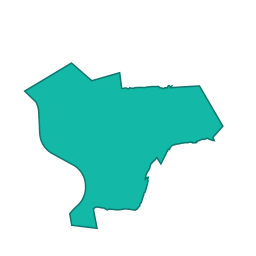 Tholen, Zeeland, Netherlands (Albers equal-area conic projection), rotated 158°
{"feature_id": "6326949B94220918271569", "entity_name": "Tholen", "entity_type": "district", "adm_level": 2, "iso_a3": "NLD", "parent_name": "Netherlands", "parent_adm1": "Zeeland", "projection": "albers", "projection_center": [4.074, 51.57], "detail": "fine", "context": "isolated", "style": "filled", "palette": "teal", "viewbox_px": 256, "rotation_deg": 158, "n_neighbors": 0, "source": "geoboundaries", "source_scale": "gbopen_adm2", "svg_char_len": 4891}
<svg xmlns="http://www.w3.org/2000/svg" viewBox="0 0 256 256"><g transform="rotate(158 128 128)"><path d="M88.5,156.6L89.6,157.2L90.3,157.5L90.6,157.6L90.9,157.6L92.1,157.9L92.3,157.9L92.5,158.0L93.0,158.2L93.4,158.3L93.8,158.4L94.1,158.4L94.3,158.5L95.3,158.9L95.4,159.0L96.2,159.0L96.5,159.0L97.1,159.2L97.7,159.4L98.6,159.8L101.2,160.9L102.1,161.3L102.6,161.5L103.4,161.7L104.7,162.2L106.6,162.8L106.8,162.9L107.8,162.6L108.0,162.7L109.1,163.3L110.0,163.6L110.4,163.9L110.9,164.5L111.1,164.7L111.4,164.6L111.6,164.5L111.8,164.4L112.2,164.2L112.4,164.1L112.6,164.1L112.9,164.2L113.1,164.2L113.4,164.3L113.5,164.4L113.6,164.5L114.0,165.0L114.2,165.3L114.5,165.7L114.7,165.8L115.0,165.9L115.7,166.1L116.0,166.2L117.9,166.6L118.1,166.7L118.3,166.8L118.9,167.2L119.0,167.3L115.0,182.4L143.9,185.4L156.1,209.4L201.7,202.2L210.0,200.9L203.6,186.6L203.5,184.5L203.5,182.9L203.6,181.3L203.9,179.7L204.2,178.1L204.7,176.6L205.2,175.0L206.8,170.5L206.8,170.3L211.6,156.8L212.1,155.2L212.5,153.7L212.8,152.1L213.1,150.5L213.2,148.9L213.2,147.3L213.1,145.7L212.9,144.1L212.6,142.5L212.2,140.9L211.6,139.4L211.0,137.9L210.3,136.5L209.5,135.1L208.6,133.7L207.6,132.5L193.3,115.0L192.3,113.8L191.3,112.5L190.5,111.1L189.7,109.7L189.1,108.2L188.5,106.7L188.1,105.1L187.7,103.5L187.5,102.0L187.4,100.3L187.3,98.7L187.4,97.1L187.6,95.5L187.9,93.9L188.3,92.4L188.8,90.8L189.4,89.3L190.0,87.8L190.7,86.4L191.5,85.0L192.4,83.6L193.4,82.4L194.5,81.2L195.6,80.0L196.8,79.0L198.1,78.0L199.5,77.1L200.9,76.3L202.3,75.6L203.8,75.0L205.3,74.5L208.3,73.3L211.2,71.9L212.6,71.1L214.1,70.4L216.6,58.9L194.3,46.6L190.5,65.8L190.2,65.8L188.2,66.7L186.5,66.4L185.0,65.6L183.1,64.4L181.8,63.5L180.2,62.8L180.0,62.6L179.9,62.5L179.5,61.7L179.3,61.5L179.1,61.2L178.1,60.1L177.6,59.8L176.9,59.9L176.1,60.0L175.0,59.5L174.3,59.2L172.2,58.0L171.6,57.7L170.1,56.9L169.0,56.3L165.8,55.2L161.0,54.1L159.7,53.5L159.2,53.2L157.1,52.2L156.5,51.8L155.4,51.0L154.3,50.5L153.7,50.1L153.2,49.8L152.6,49.4L152.3,49.2L152.1,49.2L150.3,49.3L150.2,49.4L148.4,50.3L146.2,51.5L145.4,53.0L145.1,53.3L143.8,54.1L143.6,54.3L143.4,54.1L142.5,55.4L142.0,55.9L141.5,56.7L140.4,57.9L139.9,58.5L138.8,59.6L138.4,60.4L137.5,61.7L136.4,62.0L135.8,62.6L135.4,63.3L134.7,64.0L134.2,64.5L133.7,65.2L133.4,65.5L133.0,66.1L132.7,66.6L132.4,67.1L132.3,67.3L132.2,67.4L132.1,67.5L131.1,68.5L130.7,69.1L130.2,70.0L130.1,70.3L129.9,70.6L129.3,71.1L129.2,71.3L129.2,71.6L129.2,71.9L129.0,72.8L128.9,73.0L128.8,73.3L128.7,73.5L128.0,74.2L127.9,74.3L127.8,74.5L127.7,74.7L127.7,74.8L127.8,74.8L128.9,75.0L129.1,74.9L129.5,74.8L129.7,74.7L129.8,74.6L130.4,74.2L130.6,74.1L131.0,73.9L131.4,73.7L131.4,73.8L130.8,74.9L130.6,75.1L130.1,75.7L129.7,76.5L129.1,77.3L128.8,77.6L128.4,78.1L127.9,78.6L127.5,79.2L127.3,79.3L126.9,79.6L126.2,80.2L125.5,80.5L124.8,81.1L124.2,81.6L123.7,82.0L123.1,82.6L122.8,82.9L122.5,83.1L122.4,83.3L122.3,83.6L122.2,83.9L121.7,84.3L121.5,84.5L121.4,84.7L121.1,85.1L121.2,85.3L121.0,85.5L120.8,85.7L120.6,85.8L120.3,86.0L120.0,86.1L119.1,86.5L118.4,86.9L118.0,87.2L117.8,87.3L117.6,87.3L117.1,87.5L116.8,87.6L116.6,87.6L116.3,87.8L115.9,88.0L115.6,88.1L114.9,88.3L114.6,88.5L114.4,88.6L114.1,88.8L113.7,89.0L112.7,89.6L112.4,89.8L110.9,82.4L108.2,84.8L107.1,85.8L106.1,86.6L105.7,87.1L103.8,88.6L102.7,89.6L101.4,90.8L100.7,91.5L99.9,91.9L99.7,92.0L99.4,92.6L99.1,92.8L98.8,93.0L98.7,93.0L97.8,93.1L97.7,93.0L97.6,92.9L97.6,92.7L97.4,92.8L97.1,93.2L96.4,93.8L94.3,95.1L93.5,95.1L92.6,95.4L92.4,95.3L92.1,95.3L91.4,95.0L90.7,94.9L89.7,95.1L88.7,94.7L87.9,94.6L86.7,94.2L86.1,94.1L84.9,94.0L84.5,93.9L84.2,93.9L83.3,93.7L83.0,93.6L82.6,93.4L82.0,93.2L81.4,93.1L80.8,93.1L80.6,93.1L80.3,93.0L79.7,92.7L79.3,92.4L79.0,92.3L78.6,92.2L78.2,92.0L77.0,91.8L75.9,91.6L75.1,91.4L74.2,91.1L73.9,90.9L73.7,90.9L73.6,90.7L73.9,90.4L74.0,90.4L73.6,90.0L73.5,89.9L72.1,89.4L71.7,89.2L70.9,89.0L70.4,88.9L70.2,88.9L69.8,88.9L69.7,88.9L69.7,89.0L69.7,89.3L70.2,89.4L70.2,89.5L69.8,89.7L69.1,89.8L68.5,89.8L67.7,89.8L66.6,89.7L64.9,89.8L63.7,89.8L63.3,89.8L62.3,89.1L62.2,89.1L59.6,88.7L59.4,88.7L59.2,88.7L58.5,88.9L58.4,88.9L58.2,88.8L57.9,88.7L57.3,87.6L57.0,87.2L56.8,86.9L55.9,86.3L55.6,86.1L54.4,85.1L53.9,84.6L52.8,84.0L52.8,87.5L39.4,94.1L46.0,140.2L73.5,149.5L72.1,150.5L72.3,150.5L72.9,150.5L73.2,150.6L73.4,150.6L73.5,150.8L73.6,151.0L73.8,151.3L73.8,151.5L74.0,152.0L74.4,152.1L74.9,151.9L75.3,151.7L75.5,151.5L76.1,151.1L76.5,150.7L76.8,150.5L77.1,150.6L77.4,150.7L77.5,150.9L77.7,151.1L78.0,151.2L78.2,151.3L78.4,151.4L78.7,151.5L78.8,151.5L79.1,151.5L79.3,151.4L79.7,151.2L80.1,151.1L80.4,151.2L80.5,151.2L80.6,151.4L80.9,151.8L81.2,152.0L81.4,152.2L81.7,152.4L81.9,152.5L83.3,153.3L83.5,153.6L83.6,154.1L83.8,154.5L84.0,154.8L84.2,155.0L84.3,155.1L84.5,155.2L85.0,155.4L85.2,155.5L85.5,155.6L86.2,155.7L86.6,155.8L86.9,156.0L87.4,156.3L87.6,156.3L87.9,156.4L88.0,156.5L88.5,156.6Z" fill="#14b8a6" stroke="#0f766e" stroke-width="1.5"/></g></svg>